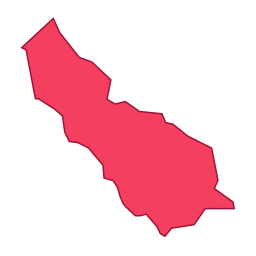 Richmond, Virginia, United States of America, rotated 2°
{"feature_id": "52423323B34545641874308", "entity_name": "Richmond", "entity_type": "district", "adm_level": 2, "iso_a3": "USA", "parent_name": "United States of America", "parent_adm1": "Virginia", "projection": "orthographic", "projection_center": [-76.731, 37.958], "detail": "fine", "context": "isolated", "style": "filled", "palette": "rose", "viewbox_px": 256, "rotation_deg": 2, "n_neighbors": 0, "source": "geoboundaries", "source_scale": "gbopen_adm2", "svg_char_len": 686}
<svg xmlns="http://www.w3.org/2000/svg" viewBox="0 0 256 256"><g transform="rotate(2 128 128)"><path d="M19.0,51.4L23.5,53.6L34.4,101.9L37.5,102.0L53.9,111.6L62.2,118.4L64.9,134.2L69.8,143.5L77.9,144.2L89.2,149.3L104.3,166.1L105.8,178.9L115.0,181.1L119.7,187.9L122.4,196.5L125.4,202.8L128.0,206.4L138.4,215.4L142.9,215.3L149.3,213.5L160.4,225.6L164.0,232.4L168.6,234.9L175.0,226.6L197.4,222.3L208.0,205.9L237.0,204.9L235.4,198.2L216.4,185.5L219.7,177.1L212.3,145.2L187.9,134.0L172.6,122.6L165.4,121.3L161.4,112.6L138.9,111.1L124.5,101.7L114.4,104.5L106.0,100.1L109.2,80.5L89.7,63.4L76.9,59.2L56.3,35.0L49.5,21.1L19.0,51.4Z" fill="#f43f5e" stroke="#9f1239" stroke-width="1.5"/></g></svg>